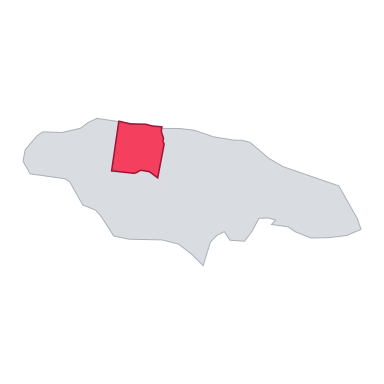 Trelawny highlighted on a map of Jamaica
{"feature_id": "JAM-1375", "entity_name": "Trelawny", "entity_type": "Parish", "adm_level": 1, "iso_a3": "JAM", "parent_name": "Jamaica", "parent_adm1": "", "projection": "robinson", "projection_center": [-77.552, 18.351], "detail": "fine", "context": "in_parent", "style": "filled", "palette": "rose", "viewbox_px": 384, "rotation_deg": 0, "n_neighbors": 0, "source": "natural_earth", "source_scale": "10m", "svg_char_len": 1129}
<svg xmlns="http://www.w3.org/2000/svg" viewBox="0 0 384 384"><path d="M194.1,130.2L213.4,136.8L233.4,140.1L242.0,140.3L250.1,142.4L268.4,158.1L283.1,166.7L338.8,185.9L357.5,219.0L361.0,229.4L346.6,235.5L328.5,237.7L311.1,238.0L295.1,231.7L288.1,226.8L271.5,224.5L275.6,220.0L268.2,217.9L258.9,218.4L252.1,231.1L244.5,241.2L230.0,240.2L224.3,231.6L216.7,235.5L210.5,241.9L203.1,265.6L191.2,253.8L178.3,244.0L162.0,239.9L129.1,239.2L113.7,236.0L100.8,215.9L95.7,210.2L82.8,205.0L69.8,181.9L65.2,178.8L30.2,173.9L23.0,161.2L25.2,149.8L36.9,135.9L42.6,131.9L61.9,132.5L80.4,128.3L88.5,122.3L97.0,118.4L163.9,128.4L179.4,128.5L194.1,130.2Z" fill="#d9dde1" stroke="#a8b0b8" stroke-width="1"/><path d="M118.9,121.2L130.2,123.9L145.6,124.2L152.4,126.0L161.8,126.8L161.7,127.2L161.4,130.8L161.5,132.3L163.3,137.5L163.4,138.8L163.3,139.8L162.9,141.0L162.9,141.6L163.1,142.1L164.0,143.3L164.0,144.1L164.0,145.0L157.7,177.9L150.6,172.5L148.3,171.4L147.8,171.4L141.7,170.4L140.8,170.4L139.9,170.6L138.8,171.2L137.0,172.4L136.0,172.8L134.0,173.3L111.6,170.9L118.8,121.5L118.9,121.2Z" fill="#f43f5e" stroke="#9f1239" stroke-width="1.5"/></svg>